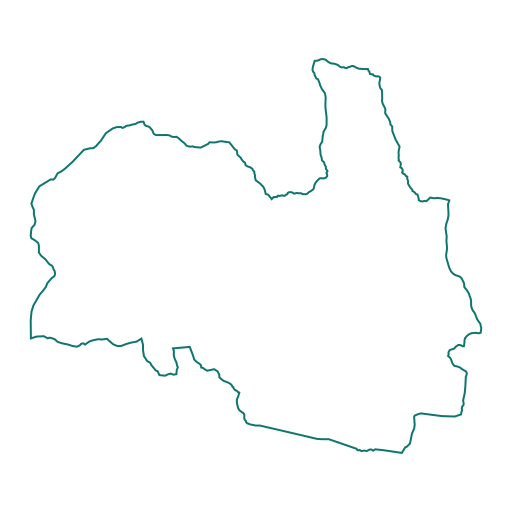 Cachi, Salta, Argentina (Natural Earth projection)
{"feature_id": "61730980B38910879035127", "entity_name": "Cachi", "entity_type": "district", "adm_level": 2, "iso_a3": "ARG", "parent_name": "Argentina", "parent_adm1": "Salta", "projection": "natural_earth1", "projection_center": [-66.151, -25.018], "detail": "fine", "context": "isolated", "style": "outline", "palette": "teal", "viewbox_px": 512, "rotation_deg": 0, "n_neighbors": 0, "source": "geoboundaries", "source_scale": "gbopen_adm2", "svg_char_len": 6007}
<svg xmlns="http://www.w3.org/2000/svg" viewBox="0 0 512 512"><path d="M373.1,450.7L375.3,449.3L384.9,450.4L401.8,452.9L405.2,447.4L406.7,446.8L410.0,443.5L412.0,433.4L414.1,428.8L414.4,426.9L414.7,424.8L414.1,416.9L414.7,415.6L418.0,414.2L421.0,413.4L441.9,416.1L454.8,416.5L461.1,414.4L461.3,412.3L462.0,410.5L461.8,407.8L462.5,406.0L463.3,405.4L463.7,403.9L463.1,400.4L464.7,393.4L465.4,385.7L465.8,376.8L466.6,374.8L466.8,373.1L466.2,371.6L462.0,369.1L460.0,367.5L457.7,366.6L454.3,365.8L452.4,363.3L450.9,359.1L449.8,357.4L448.1,356.0L448.6,354.3L448.5,352.3L449.7,350.2L451.8,349.3L453.6,348.9L454.9,347.8L455.6,346.8L458.3,345.0L460.1,345.0L461.0,345.3L462.8,346.3L463.9,346.2L464.5,342.2L464.5,340.4L465.0,338.2L467.3,335.6L469.2,334.2L471.5,333.2L475.7,332.8L478.4,333.3L480.6,332.8L480.9,331.2L481.3,328.0L480.6,325.6L480.5,324.1L477.2,319.4L475.1,313.9L474.3,312.4L472.9,310.7L472.1,309.0L471.5,307.4L471.1,305.2L471.1,301.1L470.6,298.4L469.7,296.2L468.9,293.6L466.7,290.0L465.1,288.1L464.2,286.7L464.3,286.0L464.0,283.2L462.7,280.5L461.3,277.9L459.3,276.4L455.3,275.1L453.1,273.7L450.9,271.2L449.6,268.6L448.3,264.7L446.3,257.6L446.1,254.8L446.9,250.0L447.0,247.4L446.4,240.9L446.7,236.5L445.5,228.2L446.4,223.4L447.7,219.7L448.4,216.0L448.5,213.5L448.0,204.2L449.3,200.4L447.3,199.7L440.9,198.3L437.4,197.9L434.4,198.3L430.2,197.6L426.4,201.2L424.3,200.9L422.6,201.5L420.6,201.2L418.8,200.2L418.7,198.9L418.0,196.1L417.5,194.6L415.9,194.0L414.9,192.6L413.7,191.6L412.5,191.1L412.4,189.9L410.8,188.1L409.2,185.8L408.0,183.6L408.1,181.1L407.2,178.7L407.3,176.6L405.7,175.9L405.0,174.5L403.0,173.5L402.1,172.4L402.8,171.0L402.4,169.2L401.6,168.0L400.3,167.4L400.9,163.5L400.1,162.0L398.6,160.5L398.8,159.4L398.5,157.4L398.8,155.5L398.5,152.9L398.9,149.5L399.6,146.7L395.5,139.4L392.3,131.0L392.2,126.5L390.5,124.6L390.1,121.8L388.7,118.6L385.2,113.3L385.2,111.9L385.4,109.8L385.0,108.2L382.7,103.7L382.0,101.0L382.2,98.4L382.1,92.8L381.9,90.0L380.4,88.3L379.6,85.6L379.3,83.3L380.3,77.8L379.4,76.7L377.7,76.2L376.4,76.5L373.5,75.4L373.1,74.5L369.9,73.9L369.3,71.4L368.4,70.6L367.9,69.0L365.0,69.1L358.8,68.7L355.7,67.4L354.0,66.3L352.9,66.0L351.4,66.1L350.1,66.8L348.8,67.0L347.7,67.5L346.7,68.2L345.5,68.1L344.0,67.2L341.6,67.4L339.6,66.5L338.1,65.1L335.9,64.2L333.6,63.6L331.5,63.5L329.5,62.7L327.8,61.6L325.8,59.8L323.5,59.1L320.9,59.2L317.2,60.7L314.7,60.8L312.8,67.2L312.5,70.0L313.2,71.8L314.3,73.0L314.7,75.2L316.3,78.5L318.0,79.2L319.7,83.5L320.1,85.2L322.0,89.2L324.6,92.7L325.2,94.6L325.7,97.7L325.4,103.3L325.4,107.3L326.6,117.5L326.6,124.5L326.4,125.9L325.9,127.7L323.5,131.8L323.2,134.4L322.7,136.2L322.2,141.8L320.8,143.7L319.6,146.8L320.2,149.8L320.5,154.0L320.8,155.5L321.5,157.2L322.0,160.4L324.0,162.3L324.9,165.4L325.8,166.6L325.9,168.8L327.5,171.1L326.5,172.8L327.2,175.1L327.2,176.2L325.8,177.7L323.9,178.4L320.1,178.2L319.1,178.9L317.1,180.8L315.2,183.3L314.4,185.2L314.0,187.4L313.4,189.2L310.7,191.2L309.1,192.0L307.1,193.8L305.6,194.2L302.9,194.2L300.8,193.2L298.3,193.3L296.5,192.9L295.3,193.4L293.9,193.6L292.6,192.6L291.0,192.1L288.7,192.3L287.7,193.0L287.5,193.9L287.3,194.2L285.9,194.8L284.6,195.8L284.2,195.9L282.2,195.3L279.5,196.0L278.2,195.6L277.3,196.3L276.9,197.0L275.2,196.9L274.2,197.2L273.7,197.0L271.6,199.1L270.9,197.9L269.6,196.6L269.1,195.7L267.9,194.6L265.7,193.9L264.8,190.1L264.0,188.2L263.2,186.7L259.7,183.2L255.7,180.3L254.9,176.8L255.1,175.6L254.3,173.0L254.3,171.7L252.7,169.9L252.4,168.8L250.2,167.3L247.7,166.5L246.3,165.7L245.5,164.8L244.9,162.5L243.6,161.9L241.6,159.4L240.6,157.6L239.2,156.4L237.4,154.6L236.8,150.5L234.7,149.2L229.4,142.4L221.2,141.2L218.4,141.6L216.7,142.2L214.3,142.5L209.5,142.3L208.0,144.0L200.7,147.6L194.1,147.0L192.7,146.3L190.6,146.7L188.7,146.4L186.5,145.7L184.6,143.3L181.7,141.1L178.2,137.9L176.2,136.7L175.1,137.0L172.0,136.8L169.5,135.4L166.9,135.0L156.3,135.1L155.1,134.7L153.8,133.8L153.2,132.7L152.3,130.3L149.8,127.4L147.9,126.3L146.2,126.0L144.6,124.8L143.5,121.7L140.5,121.8L137.9,122.6L135.4,124.0L132.0,124.6L130.0,125.3L126.1,125.9L124.6,127.2L122.3,127.9L121.1,127.0L116.8,127.1L112.8,128.4L105.9,133.2L100.7,141.0L98.8,142.9L96.2,146.0L93.3,148.2L90.1,148.3L83.9,149.8L72.8,161.6L65.2,168.5L61.4,171.4L57.6,173.3L55.1,177.9L53.5,179.6L50.7,179.4L39.4,186.3L35.0,193.4L33.5,197.4L31.4,203.6L32.4,206.5L33.9,210.0L33.9,214.4L35.5,221.1L34.5,224.8L31.6,228.1L31.2,230.5L30.7,235.9L31.4,238.3L34.9,240.3L38.2,243.0L38.9,245.6L38.9,252.5L41.0,255.6L45.5,259.4L48.8,263.6L50.4,264.9L51.9,265.6L52.9,267.2L53.6,269.5L54.7,271.1L55.1,274.2L54.3,276.2L51.5,278.3L47.4,283.1L45.9,286.9L42.8,291.0L39.6,294.7L33.4,305.5L31.5,311.7L30.7,320.4L30.9,338.4L36.4,336.6L43.7,336.2L47.7,338.3L49.3,337.7L51.5,338.0L54.8,339.3L57.7,341.9L62.0,343.3L68.0,344.5L72.5,346.0L77.0,346.7L79.9,345.3L81.3,343.7L83.5,343.4L85.0,344.6L89.4,341.5L92.9,340.3L98.3,339.2L101.8,339.5L107.1,338.8L108.9,340.6L113.3,344.4L117.6,346.1L121.4,345.9L126.2,344.0L131.2,342.6L136.6,341.6L141.4,338.6L143.0,344.8L143.0,350.0L143.9,356.0L147.2,361.1L150.2,362.8L151.2,364.9L155.8,370.5L157.6,371.2L159.4,375.1L165.1,375.7L168.3,374.2L170.6,373.6L173.5,374.7L176.4,374.2L176.8,369.7L177.8,367.4L177.0,365.3L176.5,362.7L174.6,358.5L174.0,356.1L173.7,353.9L173.9,352.1L173.7,350.3L173.0,348.4L189.7,346.9L192.8,354.9L194.3,359.7L197.0,362.2L199.6,363.8L201.1,365.5L201.2,367.5L203.1,368.0L204.9,369.4L207.2,370.7L214.2,369.2L217.6,371.4L219.2,374.6L219.4,377.5L223.5,380.8L228.2,382.6L230.8,384.2L231.9,385.4L232.4,386.7L233.3,387.1L233.7,388.5L235.0,390.0L236.8,390.8L237.8,391.9L239.3,392.6L238.1,396.7L236.8,399.7L237.0,403.3L237.5,405.7L238.2,408.2L239.2,410.0L241.4,411.9L243.0,412.8L243.9,413.8L244.4,415.3L244.2,417.6L244.6,419.6L245.9,420.9L246.1,422.1L247.3,423.4L248.3,423.6L250.1,424.4L255.5,425.5L259.7,425.5L317.1,438.9L321.7,439.2L328.8,439.2L356.6,448.8L357.1,449.8L358.4,450.4L359.7,450.0L361.4,451.1L364.2,450.6L366.9,451.0L369.6,449.5L371.2,449.5L372.2,449.9L373.1,450.7Z" fill="none" stroke="#0f766e" stroke-width="2"/></svg>